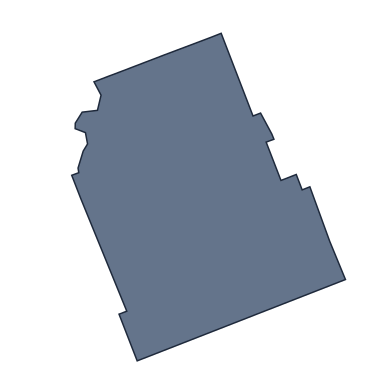 Benewah, Idaho, United States of America (Albers equal-area conic projection), rotated 69°
{"feature_id": "52423323B17427488996260", "entity_name": "Benewah", "entity_type": "district", "adm_level": 2, "iso_a3": "USA", "parent_name": "United States of America", "parent_adm1": "Idaho", "projection": "albers", "projection_center": [-116.794, 47.218], "detail": "fine", "context": "isolated", "style": "filled", "palette": "slate", "viewbox_px": 384, "rotation_deg": 69, "n_neighbors": 0, "source": "geoboundaries", "source_scale": "gbopen_adm2", "svg_char_len": 568}
<svg xmlns="http://www.w3.org/2000/svg" viewBox="0 0 384 384"><g transform="rotate(69 192 192)"><path d="M330.0,303.7L328.7,80.1L287.5,81.1L229.4,80.1L229.5,88.4L213.0,88.4L213.1,104.8L172.0,104.9L172.1,96.6L166.5,96.7L142.9,99.7L142.9,107.8L54.3,107.9L54.4,118.6L54.1,168.7L54.1,188.0L54.1,200.7L54.1,212.9L54.0,228.4L54.0,244.0L69.0,242.2L81.9,251.0L78.1,265.9L85.9,276.3L91.0,278.4L98.4,270.2L109.7,272.3L114.8,278.9L128.8,289.8L133.4,290.8L133.3,298.3L158.3,298.2L279.9,295.6L279.9,303.9L330.0,303.7Z" fill="#64748b" stroke="#1e293b" stroke-width="1.5"/></g></svg>